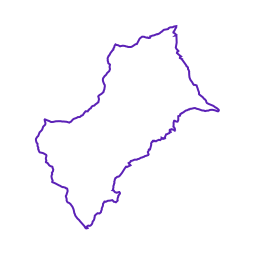 Dragoslavele, Arges, Romania (Albers equal-area conic projection), rotated 163°
{"feature_id": "2599482B51563470344837", "entity_name": "Dragoslavele", "entity_type": "district", "adm_level": 2, "iso_a3": "ROU", "parent_name": "Romania", "parent_adm1": "Arges", "projection": "albers", "projection_center": [25.232, 45.358], "detail": "fine", "context": "isolated", "style": "outline", "palette": "violet", "viewbox_px": 256, "rotation_deg": 163, "n_neighbors": 0, "source": "geoboundaries", "source_scale": "gbopen_adm2", "svg_char_len": 5840}
<svg xmlns="http://www.w3.org/2000/svg" viewBox="0 0 256 256"><g transform="rotate(163 128 128)"><path d="M205.6,161.0L205.3,160.4L205.5,158.8L205.5,157.1L205.6,156.5L206.2,155.4L208.7,154.1L210.6,151.5L212.0,150.6L213.8,149.7L216.3,146.5L217.2,146.2L218.7,145.0L219.2,144.5L219.5,143.7L219.7,142.2L219.7,140.7L219.1,139.5L219.8,137.2L219.5,135.6L220.1,134.2L219.8,133.6L220.0,132.6L219.7,130.9L219.5,130.5L216.8,129.0L215.7,128.0L214.1,126.2L214.1,125.3L215.3,123.3L215.6,122.5L215.6,120.8L216.4,119.7L216.5,119.3L216.2,118.9L215.5,118.4L215.1,118.0L215.1,117.5L214.6,116.6L214.3,115.4L213.3,114.2L211.8,113.2L211.6,112.7L211.8,111.7L211.6,110.2L211.9,109.6L212.4,108.6L213.9,107.4L214.0,106.0L214.9,105.0L215.4,103.9L215.6,101.8L215.4,99.8L216.3,98.6L215.6,97.8L214.7,97.2L213.5,96.1L210.7,93.3L209.7,92.5L209.0,91.6L207.9,90.6L207.1,90.4L205.3,89.2L205.1,88.6L204.2,88.2L203.9,87.6L204.1,85.6L204.4,84.9L205.6,83.3L206.4,82.0L207.2,81.3L207.4,81.0L207.4,78.0L207.9,76.7L207.8,75.4L207.4,74.5L206.2,73.5L205.2,72.0L204.7,70.4L204.2,69.1L203.9,66.7L203.9,65.2L204.2,62.4L204.0,61.3L204.0,59.7L203.8,59.0L202.8,56.2L201.6,54.2L201.2,53.0L198.4,46.9L198.1,45.3L197.6,44.4L197.0,44.1L195.9,44.1L196.0,44.5L196.5,45.4L196.4,45.7L196.1,45.8L194.6,46.3L193.5,45.7L192.8,45.6L192.0,45.8L190.7,46.6L189.9,47.5L189.1,48.9L187.8,49.7L186.9,50.8L186.4,51.6L186.3,52.1L185.9,52.5L185.5,53.7L185.2,53.9L184.9,54.0L184.4,54.5L183.4,54.8L182.1,55.4L180.2,54.6L178.5,55.4L178.0,56.4L176.9,57.7L176.6,58.8L174.8,60.9L173.9,63.0L173.2,63.4L172.1,64.5L171.6,64.5L170.9,63.9L168.5,64.3L166.4,63.8L164.1,63.6L163.9,63.3L163.1,61.6L162.3,61.3L161.3,60.5L159.1,61.6L158.9,62.9L158.3,64.1L157.9,64.6L157.7,64.7L157.3,65.3L157.3,65.8L154.9,67.6L154.7,68.2L155.0,69.3L155.5,69.4L157.8,69.4L158.4,70.0L158.8,70.1L159.3,70.6L159.7,71.4L159.9,72.4L160.8,72.9L160.6,73.0L160.1,74.1L159.3,75.4L159.0,76.7L158.2,77.7L157.4,79.1L157.0,79.4L156.8,80.8L156.3,81.3L155.6,82.7L154.5,83.9L153.7,83.9L153.1,84.3L152.5,84.5L151.8,84.3L150.9,84.3L149.8,84.8L146.8,86.9L142.9,90.3L141.2,91.6L140.8,91.5L140.4,91.0L136.5,91.6L136.7,92.2L137.6,93.6L137.7,94.3L136.0,94.7L135.5,95.0L135.0,95.6L133.4,95.5L131.1,95.8L128.8,95.1L128.1,95.4L126.4,95.3L124.4,95.8L122.8,95.7L121.7,95.9L121.1,95.8L120.0,96.2L119.0,96.1L116.6,96.2L116.0,96.7L116.0,97.5L116.1,98.1L116.1,99.2L114.7,100.4L114.5,101.2L114.2,101.4L113.2,101.1L110.7,105.1L110.5,106.3L109.6,107.4L109.1,107.7L108.6,107.6L108.0,108.5L107.9,108.5L107.8,108.2L107.3,108.0L107.3,108.3L106.5,108.1L105.2,107.1L104.8,107.3L102.0,107.7L100.8,107.0L99.1,107.9L98.8,108.7L98.0,107.5L97.7,107.3L97.2,107.3L97.2,107.9L95.8,107.3L95.6,107.4L95.8,107.8L95.7,108.0L95.4,108.0L95.1,108.8L93.4,110.8L92.2,110.7L91.0,111.0L89.9,111.0L89.3,112.1L88.4,111.8L88.4,112.2L88.7,112.5L88.8,113.1L88.8,113.8L88.5,114.1L86.6,114.1L86.5,113.7L85.5,113.4L84.8,112.9L84.4,112.1L84.2,111.9L84.0,112.3L83.6,112.4L83.6,112.9L83.4,113.5L83.6,115.0L84.2,116.0L83.4,117.8L82.9,119.7L81.8,121.4L81.2,121.3L80.1,120.1L78.8,119.6L77.9,120.5L77.5,121.2L76.5,124.6L74.6,124.6L74.3,125.5L73.9,125.9L72.8,126.2L72.9,126.3L71.9,126.6L70.2,126.8L69.5,127.2L67.5,127.8L65.8,127.7L64.6,128.1L63.9,127.8L62.9,128.2L62.1,127.9L58.8,127.7L57.6,127.2L57.0,126.5L54.9,125.3L52.0,123.1L50.3,122.5L49.7,121.9L49.2,121.6L47.5,121.5L46.2,121.1L44.3,121.3L42.1,120.8L39.7,119.5L37.5,117.8L36.6,117.7L36.0,117.2L36.2,117.6L35.9,118.7L36.2,119.4L37.6,121.5L38.3,122.0L39.5,123.7L40.1,124.4L43.9,127.5L45.2,128.8L45.4,129.4L45.5,130.2L45.4,131.3L46.1,133.0L46.7,133.6L47.5,135.6L50.1,139.3L50.2,139.8L49.8,140.7L49.7,141.6L49.9,144.5L49.8,145.2L50.0,147.6L49.9,148.6L50.9,149.4L52.4,150.0L52.4,150.3L52.8,150.7L53.2,152.9L54.1,155.4L54.3,156.6L54.4,158.5L53.8,161.5L53.5,162.3L53.5,162.8L53.0,164.0L53.1,166.0L53.4,166.8L53.0,168.1L53.3,169.3L54.0,169.9L54.0,170.9L55.7,176.0L56.4,177.9L56.2,178.1L57.8,179.6L57.6,179.8L57.7,180.0L57.7,180.5L57.0,180.9L56.4,181.0L58.5,184.0L58.7,184.6L59.3,185.4L59.0,186.1L57.3,186.9L57.7,187.7L57.8,187.6L58.0,188.4L58.4,189.1L58.8,190.9L56.5,195.4L54.6,202.5L55.5,202.6L54.6,203.0L55.7,204.9L56.7,206.0L56.6,206.3L56.1,206.9L55.1,207.5L54.0,208.8L52.5,210.1L52.0,211.3L54.4,211.6L55.9,211.3L58.2,211.9L60.0,211.6L60.5,211.0L60.9,210.9L64.9,211.4L65.6,211.2L66.1,210.9L66.6,210.8L67.1,210.4L68.9,209.9L69.8,209.4L71.3,209.1L72.4,209.0L72.7,209.3L76.2,209.0L77.5,209.2L80.0,209.1L80.0,208.6L80.3,208.0L80.7,207.8L82.2,208.1L82.5,208.3L82.7,208.8L83.7,208.9L85.5,210.1L85.7,210.4L86.1,210.6L87.8,211.2L90.0,210.4L90.9,209.9L95.0,205.7L95.6,205.9L96.6,205.8L100.2,204.7L101.6,204.6L103.6,205.3L104.2,205.4L104.8,206.0L106.2,206.7L106.9,207.3L108.8,208.2L111.2,208.5L111.7,208.4L112.9,209.7L113.5,210.2L114.6,210.7L115.5,211.6L116.5,210.8L117.0,210.3L117.7,209.0L118.6,208.4L118.9,208.0L119.0,207.3L119.2,207.1L120.2,206.8L120.7,206.3L121.8,205.6L123.2,204.5L124.1,203.4L125.3,202.8L125.4,202.4L126.0,202.0L127.0,200.8L127.2,200.4L127.3,199.4L127.6,198.8L127.8,198.1L127.6,197.6L127.9,195.8L127.8,195.5L126.8,194.2L126.7,193.9L127.8,191.8L128.0,189.6L129.3,187.9L132.0,186.6L133.2,185.4L134.5,184.7L134.9,184.7L137.3,182.8L137.8,181.9L138.1,180.8L138.2,179.8L138.0,177.0L137.7,176.2L137.7,175.7L138.1,174.3L138.9,172.9L139.1,172.2L140.6,170.3L140.9,169.9L140.8,169.7L141.0,169.5L143.4,168.4L145.8,167.8L147.2,167.0L147.3,164.1L148.9,161.2L149.5,161.2L150.8,160.5L152.1,160.2L153.6,159.3L155.1,159.4L156.1,159.2L157.1,158.5L157.8,157.7L158.7,157.6L159.5,157.3L160.2,156.7L160.6,156.7L161.6,155.7L163.7,156.4L166.3,154.6L167.0,153.8L167.9,153.4L169.1,153.5L169.5,153.1L170.9,152.6L172.7,153.1L174.3,152.7L177.1,152.6L178.3,152.2L180.7,150.7L181.8,150.6L182.5,150.3L184.9,151.9L188.1,153.2L189.0,153.4L190.4,154.2L194.9,155.5L197.9,155.7L199.8,156.2L201.3,157.7L203.6,159.4L204.2,160.0L205.6,161.0Z" fill="none" stroke="#5b21b6" stroke-width="2"/></g></svg>